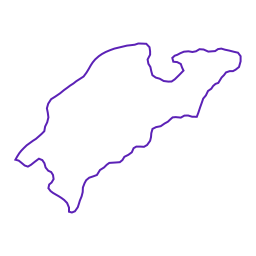 Alpercata, Minas Gerais, Brazil
{"feature_id": "56859067B994908166412", "entity_name": "Alpercata", "entity_type": "district", "adm_level": 2, "iso_a3": "BRA", "parent_name": "Brazil", "parent_adm1": "Minas Gerais", "projection": "natural_earth1", "projection_center": [-42.012, -18.997], "detail": "fine", "context": "isolated", "style": "outline", "palette": "violet", "viewbox_px": 256, "rotation_deg": 0, "n_neighbors": 0, "source": "geoboundaries", "source_scale": "gbopen_adm2", "svg_char_len": 2081}
<svg xmlns="http://www.w3.org/2000/svg" viewBox="0 0 256 256"><path d="M240.6,56.2L238.0,52.7L234.0,51.8L229.3,50.6L225.0,49.7L221.3,48.6L218.0,49.1L215.1,51.1L212.1,51.3L208.3,51.6L203.6,49.5L199.5,49.2L196.0,51.3L192.4,52.0L188.5,51.3L183.9,51.7L180.3,53.2L177.3,54.8L174.7,55.7L172.3,57.9L173.3,61.7L177.2,62.1L180.8,64.0L182.0,67.4L183.5,70.6L179.1,75.1L174.8,79.3L171.6,81.5L168.3,81.6L163.7,81.0L159.7,78.7L155.8,77.6L152.4,75.2L151.3,71.3L150.4,67.0L148.4,63.8L147.6,59.5L150.1,54.7L150.1,51.3L149.5,47.2L146.3,43.8L142.0,43.6L138.3,43.5L134.8,44.7L130.7,45.2L127.0,45.6L122.4,46.7L118.6,47.6L114.4,48.6L110.0,50.2L105.7,52.0L102.0,54.0L98.8,56.2L95.2,59.4L92.7,62.4L90.8,65.3L88.7,69.0L86.5,72.6L83.6,76.5L79.9,78.9L76.3,81.2L73.4,83.5L70.1,85.6L67.2,87.8L64.0,90.1L60.1,93.3L55.4,96.5L51.1,99.2L48.2,103.7L46.9,108.3L47.8,112.8L48.4,117.4L47.2,122.3L45.1,126.6L44.3,131.2L41.5,134.0L38.9,136.3L35.9,138.9L32.9,140.8L30.3,142.7L26.7,145.3L23.7,148.2L21.3,150.7L19.3,153.2L17.2,156.5L15.4,159.7L18.7,160.6L21.1,162.5L24.7,165.5L27.9,166.6L31.0,164.8L34.9,161.7L38.9,158.7L42.3,160.1L44.4,163.2L45.6,167.5L48.2,170.7L51.2,172.1L53.0,175.0L53.6,179.1L51.6,182.5L49.2,184.5L48.4,188.2L50.6,191.1L53.0,192.9L55.9,194.6L58.7,196.2L61.5,198.0L64.2,200.0L67.1,203.0L69.0,207.6L69.0,211.7L71.9,212.5L74.9,211.3L77.8,207.2L78.9,203.8L79.9,200.5L81.6,196.4L82.7,192.1L82.9,187.5L84.6,183.1L86.2,180.2L89.2,177.7L93.1,176.4L96.9,175.0L100.0,170.0L104.0,167.5L106.7,164.8L109.3,162.9L115.6,162.5L119.8,162.2L122.4,160.1L124.4,156.8L128.4,154.8L131.8,152.3L133.6,148.2L136.3,146.6L140.2,146.6L144.0,146.8L147.1,145.0L150.1,140.8L151.0,137.1L151.3,133.2L152.5,128.9L156.1,127.1L160.7,126.2L164.6,123.5L167.9,121.7L170.3,119.4L172.6,117.4L175.6,117.1L180.8,117.6L184.4,115.6L188.1,115.5L192.0,116.7L196.8,116.8L198.4,112.6L200.1,107.4L202.0,102.1L203.2,98.6L205.9,95.4L208.0,91.0L211.3,88.7L213.1,86.0L215.5,83.9L218.3,82.9L220.0,80.1L221.6,77.5L224.0,75.1L226.0,72.4L229.8,71.1L233.0,71.1L235.6,69.7L239.0,67.0L240.6,61.3L240.6,56.2Z" fill="none" stroke="#5b21b6" stroke-width="2"/></svg>